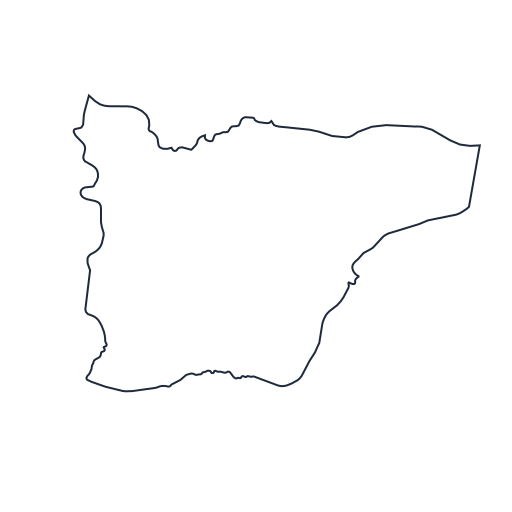 outline of Sud-Kivu, rotated 280°
{"feature_id": "COD-1894", "entity_name": "Sud-Kivu", "entity_type": "Province", "adm_level": 1, "iso_a3": "COD", "parent_name": "Democratic Republic of the Congo", "parent_adm1": "", "projection": "mercator", "projection_center": [28.022, -3.333], "detail": "fine", "context": "isolated", "style": "outline", "palette": "slate", "viewbox_px": 512, "rotation_deg": 280, "n_neighbors": 0, "source": "natural_earth", "source_scale": "10m", "svg_char_len": 4744}
<svg xmlns="http://www.w3.org/2000/svg" viewBox="0 0 512 512"><g transform="rotate(280 256 256)"><path d="M411.2,390.7L411.6,392.3L412.1,397.1L410.9,407.3L403.6,427.2L401.2,437.4L401.6,447.6L403.8,457.2L376.2,457.2L341.4,457.2L339.1,455.4L335.4,451.5L333.1,448.7L331.5,446.0L321.0,419.3L315.6,410.8L301.2,382.5L299.3,380.0L298.3,378.9L296.9,377.7L284.6,369.8L282.7,367.8L277.5,361.3L270.7,357.1L268.1,355.0L265.6,353.4L263.4,352.7L261.1,352.9L258.8,353.9L257.0,355.3L255.6,357.0L254.7,358.5L253.9,360.5L253.6,360.6L253.2,360.5L252.3,359.5L251.4,358.8L250.9,358.5L250.3,358.2L249.7,358.0L249.1,357.9L248.1,358.0L247.6,358.2L246.9,358.2L246.3,358.2L245.7,357.9L245.4,357.2L245.2,356.2L245.5,354.1L246.1,352.4L246.1,352.0L245.5,351.7L245.0,351.8L243.2,352.5L242.5,352.6L242.0,352.6L240.8,352.6L230.8,349.4L226.5,347.5L221.8,344.6L214.4,337.9L211.6,336.0L210.1,335.2L206.1,333.9L201.3,333.1L181.6,333.4L180.7,333.3L179.6,332.9L171.2,330.8L161.9,326.9L145.9,321.8L143.0,320.3L140.7,318.3L136.6,313.2L133.8,308.7L132.8,306.1L132.2,303.5L132.3,300.2L137.0,274.7L136.8,274.0L136.4,272.8L136.2,272.2L136.3,268.7L135.9,268.1L135.1,267.3L135.0,266.8L135.1,266.0L135.4,264.7L135.4,263.8L135.1,263.1L134.7,262.8L134.2,262.5L133.7,262.4L133.3,262.2L133.0,261.9L132.9,261.3L132.9,260.6L133.0,259.8L132.8,259.2L132.3,258.5L132.1,258.1L132.0,257.5L132.1,256.6L132.4,255.8L133.6,254.2L136.8,250.8L137.2,250.3L137.3,249.6L137.3,248.6L137.0,247.9L136.6,247.5L136.3,247.2L136.1,246.9L135.9,246.4L135.7,245.8L135.6,245.0L135.9,241.2L135.8,240.5L135.4,238.5L135.9,235.6L135.6,235.1L135.1,234.8L134.2,234.7L133.7,234.5L133.3,234.1L133.1,233.5L133.1,232.8L133.3,232.2L134.4,231.4L134.7,230.9L134.8,230.3L134.8,229.2L134.7,228.6L134.5,228.1L133.2,226.3L132.9,225.7L132.2,223.9L131.8,223.5L130.7,223.0L130.3,222.6L129.9,222.1L129.2,219.5L128.7,218.4L128.5,217.6L128.6,216.6L129.1,214.8L129.1,213.8L129.1,213.0L128.9,212.3L127.0,208.3L126.3,207.5L121.2,203.4L119.9,201.9L115.3,195.8L114.5,194.9L113.0,194.1L112.6,193.6L112.2,192.5L112.2,188.6L111.8,186.3L111.0,184.1L109.1,180.8L108.4,179.1L101.4,157.3L100.1,151.0L99.9,148.3L101.1,130.6L103.5,115.9L104.7,111.6L105.0,111.0L105.8,110.4L106.7,110.2L107.9,110.5L108.6,110.8L110.7,112.1L111.8,112.6L115.9,113.6L119.4,113.5L120.3,113.7L121.0,113.9L121.4,114.1L121.8,114.2L122.4,114.4L123.4,114.4L124.1,114.5L124.8,114.7L125.3,115.0L125.8,115.4L126.2,115.8L128.8,119.0L129.2,119.4L129.7,119.7L130.2,120.0L130.9,120.2L134.1,120.3L134.7,120.7L135.1,121.3L135.4,121.9L135.6,122.4L136.0,122.9L136.5,123.2L137.1,123.3L137.8,123.2L139.0,122.2L139.4,121.9L140.1,122.1L140.4,122.6L140.7,123.2L140.9,123.7L141.3,124.0L142.0,124.3L142.7,124.3L143.5,124.0L144.3,123.3L145.2,122.7L146.4,122.2L148.8,121.7L151.6,120.8L155.0,119.4L160.3,116.2L163.3,113.9L165.7,111.6L167.1,109.6L168.2,107.3L168.8,105.2L169.6,100.6L171.3,98.3L173.8,97.2L213.1,95.1L219.5,91.5L222.0,90.9L224.8,90.5L226.9,91.3L228.7,92.6L232.5,97.2L234.4,98.8L237.2,100.7L239.7,101.5L241.7,102.0L249.7,102.4L252.3,101.9L257.9,99.1L262.3,97.5L275.8,95.1L278.5,94.3L280.6,92.7L281.6,90.8L282.2,88.2L282.6,79.3L283.2,76.9L284.0,75.0L285.2,73.6L286.8,72.5L288.3,72.2L289.7,72.2L291.0,72.7L292.2,73.5L293.2,74.6L293.9,75.9L295.9,82.9L296.3,83.8L297.0,84.2L299.6,84.9L301.5,85.8L303.4,86.3L306.5,86.7L309.4,86.1L311.7,85.2L313.7,83.8L315.4,81.7L316.8,78.9L319.5,71.3L320.6,70.0L322.5,68.9L324.9,68.7L327.9,69.1L332.1,69.1L334.7,68.2L336.8,66.4L342.6,58.3L344.0,56.8L346.4,55.0L347.9,54.8L349.1,55.2L349.7,56.0L351.4,60.2L352.0,61.4L353.4,62.3L355.6,62.9L365.0,62.0L368.9,62.1L385.0,63.6L380.5,70.8L378.3,76.1L377.7,80.4L377.9,84.8L381.1,103.7L381.4,108.1L380.7,113.1L378.8,118.8L375.8,123.5L371.6,126.8L366.3,128.2L362.8,128.1L361.8,128.5L360.5,129.6L360.4,130.7L360.0,132.0L359.1,133.8L357.7,135.9L356.0,137.7L353.9,138.9L351.4,139.6L348.1,140.8L346.4,142.2L345.5,145.4L345.8,148.0L346.2,150.4L347.4,152.6L347.9,154.0L345.8,155.9L345.3,157.5L345.8,159.0L346.8,159.8L348.2,160.4L349.4,161.7L350.2,164.5L349.4,173.7L350.4,174.6L354.9,177.6L356.5,178.2L360.1,178.6L362.5,179.8L364.4,181.9L366.0,184.8L363.5,185.1L362.0,186.4L361.2,188.5L361.0,191.1L361.9,193.1L364.1,193.7L366.6,194.0L368.4,194.8L369.0,195.7L370.1,199.0L371.9,201.6L372.4,202.8L372.6,204.7L373.4,206.7L375.2,207.6L377.4,208.4L379.2,209.6L379.9,211.5L380.4,214.0L381.4,216.2L383.7,217.1L386.0,217.4L388.0,218.1L389.7,219.4L390.8,221.2L391.6,228.2L391.7,229.0L391.2,230.3L389.7,231.2L388.8,233.2L388.3,235.7L388.7,243.7L389.5,246.1L391.6,247.7L391.0,248.3L388.2,250.8L387.7,252.4L387.4,256.0L388.1,264.7L389.5,284.5L389.7,286.6L389.4,296.1L388.7,301.2L387.4,310.0L388.5,324.2L389.6,327.5L391.4,330.1L396.0,335.0L403.4,347.6L406.8,359.2L407.5,361.5L411.2,390.7Z" fill="none" stroke="#1e293b" stroke-width="2"/></g></svg>